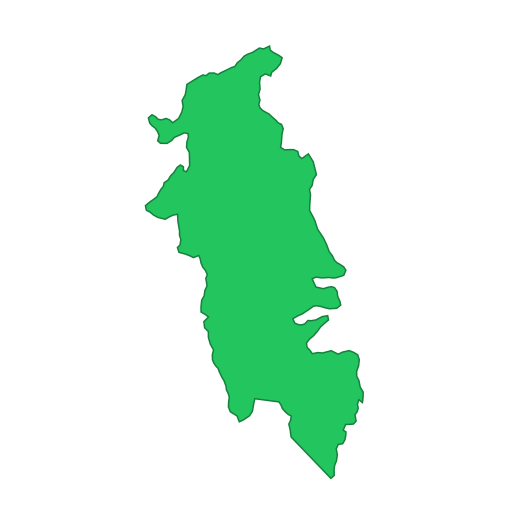 outline of Tietê, São Paulo, Brazil, rotated 188°
{"feature_id": "56859067B13135315679807", "entity_name": "Tietê", "entity_type": "district", "adm_level": 2, "iso_a3": "BRA", "parent_name": "Brazil", "parent_adm1": "São Paulo", "projection": "robinson", "projection_center": [-47.707, -23.049], "detail": "fine", "context": "isolated", "style": "filled", "palette": "green", "viewbox_px": 512, "rotation_deg": 188, "n_neighbors": 0, "source": "geoboundaries", "source_scale": "gbopen_adm2", "svg_char_len": 3580}
<svg xmlns="http://www.w3.org/2000/svg" viewBox="0 0 512 512"><g transform="rotate(188 256 256)"><path d="M333.8,427.9L338.4,424.6L343.4,420.4L348.3,416.3L348.3,410.6L348.5,405.9L350.8,399.7L349.0,394.1L349.5,388.2L351.8,381.4L357.0,376.4L360.6,378.8L364.2,379.7L368.6,377.6L372.2,377.8L374.7,379.9L378.7,381.4L381.8,377.8L379.8,373.0L377.5,370.8L373.8,368.7L370.8,365.5L368.7,361.9L369.4,356.4L366.3,354.3L359.8,355.1L355.5,358.7L353.4,362.1L348.7,364.9L344.1,368.0L340.3,367.7L339.5,364.0L340.3,359.6L339.9,353.8L336.4,349.2L334.3,336.3L336.6,329.7L339.7,330.5L340.3,334.3L343.6,335.6L346.4,332.8L349.0,327.2L351.6,323.7L353.7,318.9L357.2,315.7L357.4,312.1L359.5,308.7L361.2,304.4L362.2,301.0L365.8,297.4L368.9,294.5L372.5,290.5L370.9,286.0L367.0,284.7L363.2,282.3L358.3,280.5L354.6,280.2L351.1,279.7L347.1,282.8L343.8,284.9L339.5,286.4L338.0,278.9L336.2,273.3L335.1,269.7L334.7,266.1L332.7,261.8L332.8,256.3L335.0,253.5L332.8,248.9L326.3,248.1L320.9,246.8L317.7,245.7L312.8,248.5L310.9,245.5L309.3,241.1L307.2,237.6L304.1,234.7L301.6,230.7L302.6,226.9L300.3,219.7L301.8,214.8L301.8,209.3L303.6,204.8L303.4,198.0L302.6,192.9L297.4,190.7L294.6,188.9L298.5,183.8L296.9,177.8L292.7,174.5L291.8,168.7L289.0,162.4L285.0,157.1L285.5,152.2L284.7,147.4L283.0,144.3L280.6,141.6L278.0,139.5L275.9,135.7L272.8,131.1L270.3,128.0L267.5,122.8L266.7,119.4L264.3,115.9L262.8,112.4L262.8,108.1L262.3,102.7L259.7,98.1L252.5,95.0L249.5,89.5L246.1,91.6L240.2,96.8L238.0,101.6L237.8,106.6L237.6,110.8L237.3,114.5L212.9,114.7L210.5,111.9L208.6,108.5L204.7,105.3L202.0,103.6L198.8,102.4L198.9,97.9L200.1,94.1L198.0,88.7L197.1,85.3L196.0,81.6L150.9,46.2L148.0,49.6L148.9,54.9L149.0,59.6L147.8,64.5L147.8,70.6L149.7,76.1L148.3,80.8L144.0,82.2L142.4,86.3L142.1,90.7L142.4,94.3L145.4,95.7L143.8,101.6L139.5,102.4L136.2,103.1L133.9,106.4L135.9,112.6L134.2,115.7L133.6,119.5L134.9,123.3L134.2,128.0L130.2,125.7L130.3,131.0L130.9,136.1L134.6,140.7L136.7,146.9L139.5,150.9L140.3,155.8L139.1,161.3L139.3,167.7L141.6,172.3L145.7,174.1L150.6,175.3L157.1,172.8L160.9,170.2L168.3,172.7L176.7,169.2L181.3,169.0L186.7,167.1L189.5,170.2L192.7,172.6L193.9,176.8L191.3,181.4L187.9,185.0L184.7,190.0L182.1,194.9L178.7,199.0L175.3,202.7L176.7,206.9L182.0,205.2L187.7,201.1L191.9,199.7L195.6,199.3L198.3,195.5L201.6,194.0L204.8,194.0L208.2,194.9L210.8,199.0L205.5,203.1L202.2,205.0L195.3,211.2L192.1,214.3L188.8,215.2L184.6,215.0L180.2,214.3L175.7,214.0L168.9,215.4L165.3,219.2L166.6,222.8L169.4,227.2L170.9,232.5L173.9,235.6L176.9,236.1L180.3,235.1L184.8,233.0L192.4,233.6L197.2,241.3L193.4,243.5L188.5,243.4L184.9,244.0L180.7,244.9L176.9,244.9L173.8,245.5L166.4,249.1L165.0,254.4L167.6,257.4L171.9,259.5L174.7,260.5L177.6,262.6L180.6,267.1L184.1,270.5L187.9,277.5L191.9,283.4L194.5,286.4L198.6,290.9L202.6,299.2L204.8,302.5L209.2,308.5L209.9,314.0L210.5,324.1L212.3,329.4L210.2,333.7L210.0,339.8L207.5,344.9L210.1,351.5L212.5,357.4L218.4,364.4L224.1,358.9L227.4,360.9L229.2,365.3L233.6,366.6L237.6,366.0L242.3,365.1L246.8,367.0L246.6,371.7L247.2,379.5L246.8,385.9L249.1,389.9L252.5,390.9L255.6,393.5L258.3,395.2L262.8,398.4L266.3,399.7L269.8,401.1L272.8,403.4L274.3,406.6L273.8,410.9L276.0,416.2L275.2,421.9L276.7,428.7L276.4,434.2L272.1,437.6L266.5,436.3L266.1,439.9L261.7,444.6L258.6,449.9L257.7,456.0L261.4,457.9L267.5,460.1L270.7,462.1L271.8,465.8L277.3,462.1L281.6,462.4L284.5,459.9L288.0,457.0L292.3,454.7L295.6,452.2L298.3,448.0L301.3,444.9L303.3,440.7L306.3,439.3L311.7,435.6L316.5,432.5L319.1,430.3L323.0,431.4L327.8,430.6L330.7,427.6L333.8,427.9Z" fill="#22c55e" stroke="#15803d" stroke-width="1.5"/></g></svg>